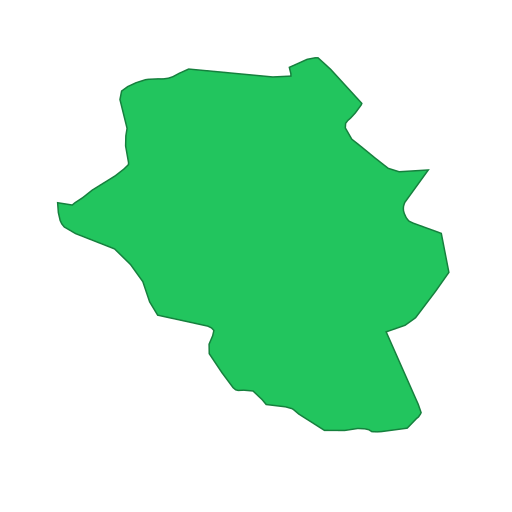 the Department of Jalapa, rotated 260°
{"feature_id": "GTM-1961", "entity_name": "Jalapa", "entity_type": "Department", "adm_level": 1, "iso_a3": "GTM", "parent_name": "Guatemala", "parent_adm1": "", "projection": "equal_earth", "projection_center": [-89.954, 14.656], "detail": "fine", "context": "isolated", "style": "filled", "palette": "green", "viewbox_px": 512, "rotation_deg": 260, "n_neighbors": 0, "source": "natural_earth", "source_scale": "10m", "svg_char_len": 1427}
<svg xmlns="http://www.w3.org/2000/svg" viewBox="0 0 512 512"><g transform="rotate(260 256 256)"><path d="M60.2,375.0L61.3,348.9L61.8,344.8L62.9,339.6L65.3,337.0L66.9,333.2L68.5,326.3L68.8,313.1L72.4,293.1L92.8,270.8L98.2,266.3L99.4,265.0L102.3,259.0L108.0,240.2L109.1,239.6L113.5,237.1L123.6,229.6L126.0,220.6L126.7,215.1L127.8,212.7L130.3,210.6L146.8,202.3L167.9,193.0L177.3,194.5L185.0,199.5L190.0,201.6L192.9,199.7L195.3,196.4L214.8,148.9L229.3,143.3L250.4,140.1L269.3,131.0L287.5,118.0L309.4,82.2L317.9,72.2L321.4,70.3L325.0,69.3L333.1,68.9L342.9,69.9L338.1,83.9L339.9,87.0L343.6,95.6L349.4,106.3L359.4,131.3L364.5,140.9L368.2,146.3L370.2,146.7L387.0,146.7L396.9,148.7L404.1,151.2L433.7,149.2L441.8,152.3L445.1,159.1L447.5,168.1L448.8,177.8L448.7,180.5L447.4,190.7L446.9,193.1L446.5,195.5L446.3,200.6L447.0,205.3L449.3,212.3L451.8,222.1L429.4,303.6L427.1,321.6L429.3,322.0L436.0,321.6L440.8,340.5L440.9,348.8L440.4,351.5L426.9,361.9L387.9,386.7L386.6,385.9L379.7,378.7L375.5,373.2L373.5,369.9L371.1,367.3L366.6,366.2L354.4,370.6L344.1,379.7L332.1,390.0L319.4,401.4L314.1,411.6L310.8,440.6L282.9,411.8L281.0,410.7L279.3,409.9L277.4,409.4L274.9,409.1L272.1,409.4L267.8,410.5L265.4,411.7L263.6,412.9L261.0,416.6L246.1,442.4L206.4,443.1L189.9,426.5L167.5,402.4L161.9,390.8L158.7,371.0L89.8,388.0L81.8,390.0L73.1,391.4L71.8,390.5L69.3,388.1L68.1,385.9L60.2,375.0Z" fill="#22c55e" stroke="#15803d" stroke-width="1.5"/></g></svg>